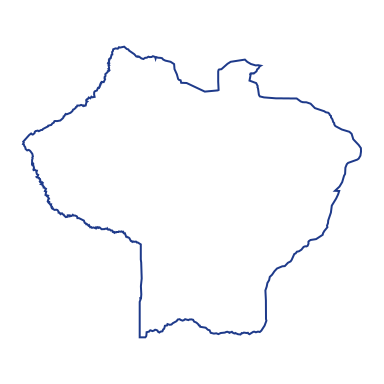 Sikonge, Tabora, United Republic of Tanzania
{"feature_id": "72390352B96655451787370", "entity_name": "Sikonge", "entity_type": "district", "adm_level": 2, "iso_a3": "TZA", "parent_name": "United Republic of Tanzania", "parent_adm1": "Tabora", "projection": "mercator", "projection_center": [32.873, -6.086], "detail": "fine", "context": "isolated", "style": "outline", "palette": "blue", "viewbox_px": 384, "rotation_deg": 0, "n_neighbors": 0, "source": "geoboundaries", "source_scale": "gbopen_adm2", "svg_char_len": 5815}
<svg xmlns="http://www.w3.org/2000/svg" viewBox="0 0 384 384"><path d="M139.7,337.3L145.3,337.3L146.1,336.4L146.4,335.3L146.6,332.2L149.1,331.6L149.9,330.5L150.5,330.3L152.4,331.1L153.9,330.6L155.0,329.8L155.7,329.8L157.4,330.5L158.2,331.9L159.4,332.5L160.4,331.7L162.4,331.3L163.2,329.4L163.8,329.1L164.4,328.0L164.9,325.8L167.1,325.4L167.5,324.1L169.7,324.8L171.5,324.5L172.8,323.2L176.5,321.2L177.8,319.5L179.7,319.2L180.6,319.9L182.5,320.6L183.8,320.2L185.1,319.2L188.4,320.1L189.4,319.5L191.5,319.4L193.1,319.8L194.1,321.6L196.4,322.6L198.5,324.5L198.8,325.4L199.8,325.6L200.2,326.8L205.7,327.7L207.8,329.7L209.6,330.3L210.7,332.8L213.9,333.6L216.3,333.3L218.4,334.1L220.8,333.0L224.8,332.6L226.4,331.9L227.7,331.8L229.4,332.8L230.0,332.2L230.8,332.4L231.9,331.8L233.3,333.1L234.8,333.5L235.3,333.0L237.9,334.2L240.5,334.5L241.7,333.1L242.3,333.3L243.9,332.6L246.5,333.0L247.9,332.8L248.5,333.7L249.5,334.2L253.3,331.8L254.4,331.7L255.9,332.3L258.0,331.6L259.8,332.0L261.3,330.7L264.6,325.6L266.4,320.7L266.0,319.1L265.9,300.4L265.4,290.4L266.7,286.6L267.4,283.0L269.1,280.2L269.8,276.9L272.1,274.7L274.4,271.3L277.0,268.5L282.3,266.3L284.8,266.1L287.9,262.8L290.6,261.4L291.7,259.8L294.3,254.0L295.6,253.4L296.9,251.7L298.9,251.3L301.4,249.7L303.6,246.9L305.2,246.3L306.5,246.4L307.6,245.8L308.5,243.7L308.4,241.8L308.8,241.2L310.5,240.0L316.1,239.1L322.7,234.8L323.0,233.3L324.3,231.0L327.4,227.2L327.0,225.7L328.0,223.1L328.2,220.5L330.9,212.6L331.8,205.6L336.1,198.6L338.1,194.4L339.2,191.0L335.0,190.8L339.5,186.6L342.2,182.1L344.0,175.9L345.1,173.9L345.4,167.7L346.8,164.2L348.1,162.9L357.3,159.6L358.7,158.6L360.4,155.7L361.0,151.6L360.9,148.1L358.7,145.0L353.3,139.3L351.6,133.8L349.4,131.8L341.8,129.5L335.4,126.1L334.3,124.5L334.2,123.1L333.2,122.0L332.4,119.3L331.0,117.3L331.0,116.0L329.8,115.0L329.5,114.1L328.4,112.8L325.6,112.2L324.4,111.3L314.9,108.1L310.6,103.7L306.4,102.3L302.8,102.2L300.8,101.5L296.7,98.5L275.6,98.3L264.0,97.4L259.8,96.4L258.9,94.8L258.0,88.3L257.5,87.2L257.7,86.1L256.2,83.1L249.5,80.6L250.5,75.4L250.1,74.4L250.5,73.6L251.4,73.7L251.5,73.3L253.4,73.5L253.4,73.2L254.4,73.0L256.5,71.3L257.2,69.3L258.4,68.5L259.7,66.3L260.7,65.7L258.2,65.2L255.7,65.4L250.9,64.0L247.2,61.8L244.9,59.6L230.7,61.8L227.5,63.8L221.4,69.2L219.0,69.5L218.5,70.1L218.2,71.4L218.2,81.8L218.6,90.0L217.8,90.4L204.8,91.6L186.6,83.0L181.2,82.8L180.6,80.3L178.9,79.8L178.1,78.9L176.9,74.4L174.5,69.1L174.1,64.1L170.6,61.8L165.3,60.6L163.1,59.5L162.2,58.3L160.8,57.9L157.9,57.7L156.4,57.1L156.0,57.2L155.6,58.5L155.2,57.0L152.9,56.2L151.6,57.0L149.6,57.1L148.4,56.7L146.8,57.7L145.2,57.8L143.4,59.0L141.4,58.4L139.2,56.7L138.2,56.9L137.8,56.3L137.1,56.7L136.3,56.5L134.3,54.2L129.1,50.6L128.3,49.4L126.8,49.0L124.2,46.7L119.9,47.6L119.0,47.2L117.8,48.7L115.5,48.4L113.2,49.3L112.9,51.0L112.1,52.1L112.3,54.5L111.5,54.9L110.7,58.2L109.7,58.5L109.2,59.1L109.5,59.7L108.9,60.1L109.1,62.0L108.4,62.5L108.7,62.9L108.3,63.4L109.0,63.6L108.6,64.2L109.2,65.2L108.6,65.5L109.1,67.7L109.0,69.0L108.6,69.1L109.5,70.2L109.1,70.8L107.8,71.1L107.6,72.1L105.3,74.2L105.5,75.8L105.2,76.7L104.7,76.9L104.5,78.2L105.1,79.1L103.7,82.1L101.7,81.9L101.6,82.4L101.0,82.7L101.2,83.5L100.5,83.8L100.4,85.0L99.9,85.2L99.8,86.8L98.5,87.5L98.7,88.1L97.8,88.2L96.9,90.5L94.8,91.3L94.2,92.2L94.1,94.5L94.6,96.9L92.3,97.3L91.4,96.7L90.3,98.3L88.7,97.5L87.9,98.9L86.8,99.3L86.2,100.1L86.3,101.0L87.3,101.5L86.4,102.3L85.7,105.5L84.3,105.9L83.9,105.4L83.3,105.4L83.0,105.9L82.3,105.3L81.1,104.9L79.7,105.5L77.3,105.5L76.9,106.6L76.0,107.0L75.8,107.7L74.0,109.3L73.1,109.6L72.4,111.1L70.5,112.8L66.7,114.3L65.8,113.9L65.3,114.4L64.4,116.0L63.6,116.4L63.5,117.4L62.7,118.4L60.3,120.5L57.1,121.1L54.9,121.0L54.3,121.3L53.8,122.6L52.3,123.5L51.3,124.9L48.2,125.7L48.1,126.3L43.1,128.9L42.3,129.9L41.1,130.0L38.8,131.2L37.8,130.6L35.6,131.1L34.8,131.9L34.5,133.2L32.9,134.5L32.3,134.5L31.1,133.5L29.2,135.0L23.2,141.7L23.8,142.7L23.0,144.1L23.9,144.6L24.4,146.2L25.2,147.1L25.6,149.0L27.2,150.4L28.7,149.9L30.1,150.8L32.3,153.8L32.9,156.5L32.3,157.4L32.6,158.5L32.1,159.8L32.1,162.5L33.2,163.5L33.2,163.9L32.0,163.8L32.0,164.4L32.4,165.3L33.3,165.6L33.6,166.2L34.0,167.9L33.4,169.6L33.6,170.1L34.8,169.7L35.6,170.5L36.9,170.7L36.4,172.4L36.9,174.1L38.2,174.9L37.5,176.6L36.6,177.0L37.0,177.4L39.0,177.9L39.1,178.6L40.0,179.0L40.4,180.9L39.8,181.4L40.2,182.2L42.1,182.2L42.7,182.8L41.1,184.2L42.6,184.6L42.6,185.6L43.3,186.0L43.6,187.5L44.3,187.3L44.7,188.0L46.0,188.8L44.9,191.1L46.2,191.6L45.5,194.9L47.7,195.6L47.0,196.2L48.1,197.1L49.0,198.7L48.4,199.0L47.7,201.5L48.3,202.3L48.8,201.7L49.3,201.9L49.4,203.5L50.0,204.2L51.1,204.3L50.8,205.6L51.9,206.6L51.5,207.3L51.8,208.0L52.7,208.3L52.5,208.7L54.5,209.9L56.5,209.7L57.5,210.1L58.5,211.6L58.6,212.7L59.4,212.7L60.4,214.0L60.9,213.4L62.1,213.4L62.4,214.2L63.7,214.6L64.0,215.4L65.8,217.1L67.5,216.8L67.7,215.3L69.7,215.3L69.7,216.3L71.7,215.9L72.8,214.8L73.5,215.5L75.0,215.5L76.4,216.1L77.1,216.6L77.4,218.1L78.9,218.1L83.9,220.6L84.7,222.8L86.5,223.8L86.4,224.3L87.5,224.5L88.5,225.7L89.1,225.2L90.2,227.3L91.3,227.1L91.9,227.8L93.7,227.5L95.9,228.4L96.2,227.3L96.8,227.6L97.4,227.3L97.5,227.7L98.2,227.4L98.6,227.9L99.6,227.4L101.6,229.2L104.5,229.1L105.3,228.7L107.1,228.9L107.3,228.5L108.2,229.7L109.6,229.4L110.7,230.5L111.9,230.4L113.0,231.5L112.9,232.0L113.8,232.4L114.5,232.1L114.7,232.7L115.4,232.3L116.1,232.4L116.5,232.0L118.4,232.0L118.8,231.5L120.7,231.7L121.7,231.4L122.5,232.1L123.2,231.8L123.8,233.2L124.2,233.5L124.9,233.3L126.2,236.8L127.0,236.8L127.3,237.3L128.4,237.4L129.4,238.2L130.8,240.9L131.4,241.0L132.3,241.9L133.0,241.4L133.8,241.8L136.0,241.6L136.8,242.5L137.6,242.4L140.8,244.4L140.8,259.5L141.2,262.5L141.7,278.5L140.9,286.2L141.3,294.4L141.0,298.3L140.3,298.2L140.4,299.9L139.7,301.8L139.7,337.3Z" fill="none" stroke="#1e3a8a" stroke-width="2"/></svg>